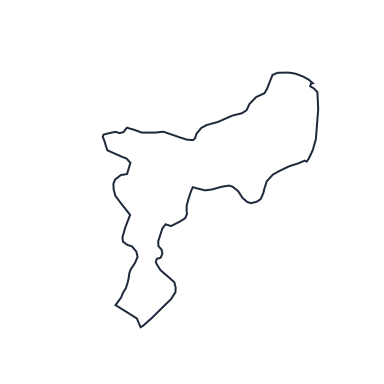 an SVG outline of Valandovo, rotated 108°
{"feature_id": "MKD-2994", "entity_name": "Valandovo", "entity_type": "Statistical Region", "adm_level": 1, "iso_a3": "MKD", "parent_name": "North Macedonia", "parent_adm1": "", "projection": "equal_earth", "projection_center": [22.539, 41.331], "detail": "fine", "context": "isolated", "style": "outline", "palette": "slate", "viewbox_px": 384, "rotation_deg": 108, "n_neighbors": 0, "source": "natural_earth", "source_scale": "10m", "svg_char_len": 1746}
<svg xmlns="http://www.w3.org/2000/svg" viewBox="0 0 384 384"><g transform="rotate(108 192 192)"><path d="M336.5,199.1L329.3,205.4L323.2,229.8L322.8,229.7L321.8,229.3L314.2,226.8L309.2,226.5L304.1,225.2L298.1,225.2L293.5,225.6L288.7,226.5L285.1,226.5L277.2,224.3L270.5,223.7L265.9,226.5L262.3,232.2L262.3,237.2L260.6,242.2L256.8,244.1L246.6,244.5L232.9,243.8L229.9,248.2L224.9,255.8L219.3,263.7L213.6,267.4L208.5,269.3L207.2,269.2L204.0,269.0L197.8,264.9L196.5,262.1L194.8,259.3L183.3,259.6L180.4,264.6L180.1,270.3L179.0,280.7L178.5,285.4L174.1,288.6L170.1,291.4L167.2,293.9L166.3,293.9L164.8,293.9L161.4,288.6L158.4,283.2L158.4,279.1L156.2,275.7L151.0,273.8L150.7,266.8L151.0,258.0L146.9,245.4L143.5,237.8L143.8,220.8L143.8,212.9L142.3,207.0L139.9,205.7L135.1,205.7L128.1,202.9L123.6,198.5L117.6,189.3L107.0,177.4L101.7,168.9L97.4,165.4L90.4,164.5L82.0,160.4L75.5,153.5L70.5,152.5L64.7,152.2L55.8,151.6L55.4,151.1L52.2,147.5L48.6,137.1L47.5,130.2L47.9,121.7L49.1,115.7L51.2,110.8L52.0,112.3L54.9,112.3L55.8,108.2L58.3,103.6L74.4,97.5L86.6,94.6L103.5,90.5L115.4,90.1L124.2,91.3L127.6,92.3L127.4,94.6L131.7,99.5L137.4,107.4L144.3,114.7L150.5,120.5L158.7,124.2L166.6,124.2L171.6,123.8L177.8,124.6L181.3,127.5L184.4,132.4L184.4,136.5L181.9,142.3L176.9,148.4L174.4,155.0L174.4,158.7L177.8,165.3L183.5,173.9L186.4,180.1L187.0,188.7L187.2,192.8L192.0,193.2L200.4,193.2L207.0,192.8L211.7,191.2L214.5,190.0L219.0,190.4L224.0,194.5L230.9,201.5L230.9,207.2L235.9,208.9L243.4,208.9L249.4,208.9L253.8,207.2L256.3,203.1L259.8,201.1L264.2,201.5L266.4,204.8L269.8,204.8L271.7,203.1L276.1,197.8L279.9,188.7L283.3,180.9L288.0,178.0L292.4,176.8L300.3,178.8L311.3,184.6L324.1,191.2L334.5,197.3L336.5,199.1Z" fill="none" stroke="#1e293b" stroke-width="2"/></g></svg>